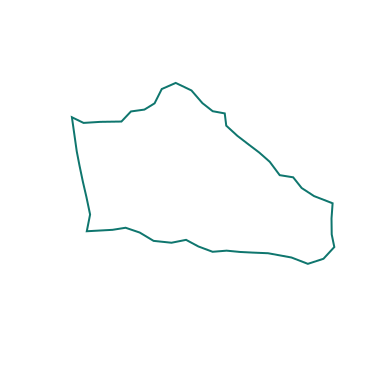 the district of Taboão da Serra, São Paulo, Brazil, rotated 55°
{"feature_id": "56859067B51189828504800", "entity_name": "Taboão da Serra", "entity_type": "district", "adm_level": 2, "iso_a3": "BRA", "parent_name": "Brazil", "parent_adm1": "São Paulo", "projection": "albers", "projection_center": [-46.786, -23.622], "detail": "fine", "context": "isolated", "style": "outline", "palette": "teal", "viewbox_px": 384, "rotation_deg": 55, "n_neighbors": 0, "source": "geoboundaries", "source_scale": "gbopen_adm2", "svg_char_len": 726}
<svg xmlns="http://www.w3.org/2000/svg" viewBox="0 0 384 384"><g transform="rotate(55 192 192)"><path d="M93.3,142.8L90.3,157.7L97.9,171.8L97.2,183.7L91.0,195.8L93.8,209.4L82.0,226.8L73.2,241.2L61.9,247.5L92.6,263.1L105.6,268.9L121.0,275.5L135.4,281.3L152.0,288.4L163.8,300.7L177.4,278.8L183.2,266.9L195.2,258.1L210.0,251.5L221.8,237.9L227.8,224.3L240.3,218.0L252.8,209.4L259.9,197.3L268.7,187.0L276.4,177.1L285.8,164.8L302.7,148.1L317.3,138.3L322.1,122.6L318.7,107.0L306.9,101.9L293.7,92.9L281.9,83.3L265.3,94.4L251.6,99.9L238.0,100.7L228.5,110.5L211.9,111.0L198.2,114.3L186.4,118.1L172.1,122.6L157.3,125.9L146.4,120.1L137.7,128.7L125.2,132.5L108.5,134.2L93.3,142.8Z" fill="none" stroke="#0f766e" stroke-width="2"/></g></svg>